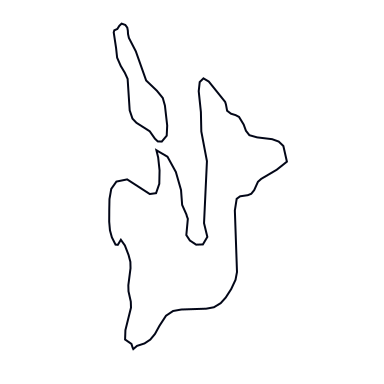 the Province of Southern Leyte, rotated 185°
{"feature_id": "PHL-2585", "entity_name": "Southern Leyte", "entity_type": "Province", "adm_level": 1, "iso_a3": "PHL", "parent_name": "Philippines", "parent_adm1": "", "projection": "equal_earth", "projection_center": [125.092, 10.27], "detail": "fine", "context": "isolated", "style": "outline", "palette": "ink", "viewbox_px": 384, "rotation_deg": 185, "n_neighbors": 0, "source": "natural_earth", "source_scale": "10m", "svg_char_len": 1572}
<svg xmlns="http://www.w3.org/2000/svg" viewBox="0 0 384 384"><g transform="rotate(185 192 192)"><path d="M236.8,30.4L237.5,31.6L239.1,35.4L245.8,39.2L246.3,48.6L242.7,71.5L243.4,77.4L246.6,87.5L247.3,93.6L246.6,110.7L247.3,117.0L249.7,123.7L254.2,132.9L258.7,138.2L261.3,132.9L263.6,132.9L267.9,139.9L270.4,146.7L271.9,155.2L272.9,167.4L273.6,177.8L272.7,188.1L268.2,195.8L257.7,198.9L233.9,186.3L227.7,187.7L225.3,197.3L226.2,210.7L228.7,223.4L231.1,230.5L219.5,225.0L209.8,210.5L203.1,193.0L200.7,178.3L195.6,169.1L195.0,167.4L193.8,164.9L193.9,148.6L189.9,143.5L183.3,139.9L176.6,140.7L172.8,148.6L177.3,162.0L179.8,224.0L188.0,253.1L190.1,272.4L194.1,293.0L193.9,302.2L190.5,306.2L184.9,303.5L166.8,284.6L165.8,282.1L164.1,276.0L160.0,273.4L155.3,272.4L151.7,270.9L146.4,263.7L143.6,257.7L139.8,253.6L131.9,252.1L116.8,251.6L110.0,249.8L105.0,245.8L100.1,230.5L109.6,221.5L124.1,211.2L127.2,207.9L130.2,199.3L132.8,195.4L136.1,193.7L143.7,191.9L146.9,189.1L147.7,177.3L140.2,116.2L141.0,108.3L144.5,98.7L149.2,89.8L153.7,83.8L160.1,79.1L167.6,77.0L192.4,74.0L200.5,71.8L207.1,66.5L212.7,56.0L216.5,47.4L220.7,41.3L226.1,37.0L233.4,33.9L236.8,30.4ZM280.2,328.9L283.9,344.2L283.5,346.3L280.6,347.9L278.9,351.2L276.8,353.6L273.0,352.6L270.8,350.1L270.0,347.2L269.5,343.8L268.3,340.0L260.2,327.2L247.4,299.1L235.8,289.8L229.3,283.1L226.5,275.7L222.5,256.0L222.1,245.9L226.5,239.6L230.5,239.4L233.6,241.9L239.4,248.8L253.4,256.1L257.7,259.9L261.2,267.9L266.0,299.1L269.3,304.9L274.0,311.4L278.3,319.3L280.2,328.9Z" fill="none" stroke="#020617" stroke-width="2"/></g></svg>